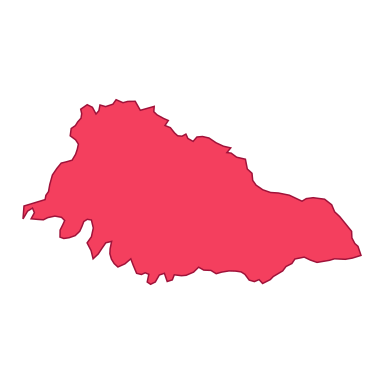 outline of São Martinho, Rio Grande do Sul, Brazil
{"feature_id": "56859067B67687441249744", "entity_name": "São Martinho", "entity_type": "district", "adm_level": 2, "iso_a3": "BRA", "parent_name": "Brazil", "parent_adm1": "Rio Grande do Sul", "projection": "orthographic", "projection_center": [-53.965, -27.722], "detail": "fine", "context": "isolated", "style": "filled", "palette": "rose", "viewbox_px": 384, "rotation_deg": 0, "n_neighbors": 0, "source": "geoboundaries", "source_scale": "gbopen_adm2", "svg_char_len": 1962}
<svg xmlns="http://www.w3.org/2000/svg" viewBox="0 0 384 384"><path d="M147.2,282.0L150.6,284.3L155.3,282.0L159.3,275.0L164.4,273.3L167.2,281.5L172.3,279.9L174.3,274.8L181.4,275.7L186.1,275.3L193.6,272.1L198.6,267.2L203.8,270.1L210.9,270.4L216.2,273.7L221.7,272.1L229.0,270.9L235.7,271.1L241.1,271.9L244.9,274.3L249.2,280.1L254.4,281.6L259.1,279.6L262.6,283.5L270.3,279.6L273.3,276.5L282.7,270.9L286.0,266.5L291.9,263.5L294.9,259.0L304.2,257.1L310.2,260.0L317.0,262.4L329.5,260.3L334.5,258.8L345.3,259.3L352.3,258.1L361.0,255.4L358.0,246.4L354.8,243.5L351.9,237.9L351.6,231.3L339.7,216.6L334.6,211.8L331.7,204.8L324.6,199.2L313.2,197.7L306.3,198.6L302.0,201.2L289.3,195.2L278.4,193.0L270.6,192.5L262.8,189.8L256.1,185.2L252.7,180.4L252.0,173.3L247.3,169.0L245.4,159.2L236.6,157.2L231.1,153.1L226.9,152.6L230.7,147.9L223.4,146.2L216.1,142.8L209.0,138.0L202.5,136.5L196.9,137.0L193.1,141.4L187.9,138.5L185.9,134.1L182.0,136.2L177.7,135.8L174.5,132.9L170.4,127.7L165.0,125.5L168.3,120.5L163.7,118.5L157.1,114.9L153.8,111.7L154.2,106.4L140.3,110.3L135.2,101.3L127.8,101.4L123.0,102.7L116.1,99.7L112.9,104.2L105.6,106.6L100.0,105.0L98.9,110.7L96.0,114.0L92.4,107.3L87.2,104.7L80.7,109.2L81.7,113.7L81.0,118.2L77.7,121.9L75.4,125.6L71.2,128.5L70.2,135.8L75.6,139.8L78.4,144.1L77.3,149.2L75.6,154.3L72.1,160.2L66.1,161.9L61.2,163.1L56.9,168.4L52.4,175.0L49.8,184.4L48.5,191.6L45.9,195.3L45.1,199.6L24.0,206.0L23.0,218.9L27.6,211.1L32.5,208.1L34.4,212.7L31.1,218.8L37.6,219.4L43.4,219.8L47.8,217.6L54.9,216.1L61.5,217.3L64.7,220.5L62.9,224.5L60.1,230.1L60.0,237.1L63.8,238.5L69.2,237.7L75.2,235.6L79.7,231.3L81.9,226.5L83.8,221.5L87.3,219.3L91.4,220.0L93.3,228.0L91.4,236.8L87.1,242.9L91.1,250.6L93.1,258.8L98.2,254.0L101.9,248.4L105.8,242.8L111.6,241.4L110.1,249.0L109.9,253.8L111.4,259.1L114.2,263.6L117.9,267.0L125.0,263.8L130.8,258.8L133.2,265.2L136.6,273.3L141.4,274.5L145.2,272.8L148.8,274.3L147.2,282.0Z" fill="#f43f5e" stroke="#9f1239" stroke-width="1.5"/></svg>